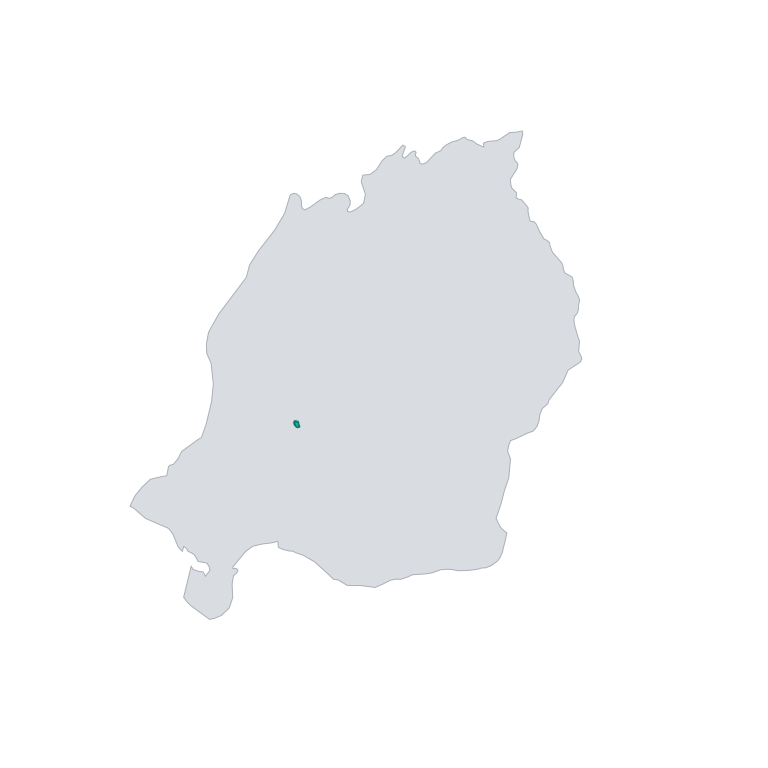 Soimari, Prahova, Romania (highlighted), rotated 116°
{"feature_id": "2599482B11828536886615", "entity_name": "Soimari", "entity_type": "district", "adm_level": 2, "iso_a3": "ROU", "parent_name": "Romania", "parent_adm1": "Prahova", "projection": "equal_earth", "projection_center": [26.208, 45.169], "detail": "fine", "context": "in_parent", "style": "filled", "palette": "teal", "viewbox_px": 768, "rotation_deg": 116, "n_neighbors": 0, "source": "geoboundaries", "source_scale": "gbopen_adm2", "svg_char_len": 4922}
<svg xmlns="http://www.w3.org/2000/svg" viewBox="0 0 768 768"><g transform="rotate(116 384 384)"><path d="M580.6,422.5L587.1,430.7L595.3,435.0L614.3,439.6L615.9,439.1L616.1,438.2L614.8,437.0L614.6,435.5L615.5,433.6L618.1,433.5L622.4,435.2L630.5,432.8L642.3,426.3L653.3,424.9L663.4,428.8L668.6,433.3L672.0,437.6L671.1,442.9L670.5,446.1L668.1,459.8L666.4,464.9L663.5,470.6L632.4,477.4L634.4,474.2L633.6,468.4L632.2,464.1L635.0,460.2L628.0,458.7L625.0,460.9L622.6,464.6L624.9,473.3L621.5,478.1L620.3,480.7L620.2,487.1L618.2,489.8L617.9,492.8L622.8,492.0L620.7,497.5L611.4,508.0L608.2,514.3L609.4,539.3L605.4,554.2L605.1,558.7L595.1,558.8L592.1,558.5L582.6,556.2L572.0,552.2L565.7,544.5L561.6,539.0L552.7,541.5L550.9,540.8L548.5,538.1L541.7,536.4L533.3,536.3L514.5,526.3L512.4,524.6L497.7,526.3L475.6,531.2L458.8,537.4L441.3,548.4L434.2,556.7L426.0,561.1L414.4,564.4L393.5,563.2L371.8,559.0L348.5,554.5L335.9,557.0L318.9,555.1L293.3,549.7L274.2,548.1L255.3,551.2L252.2,548.8L251.5,546.1L252.3,542.1L255.0,539.0L259.6,536.6L262.1,534.2L262.4,531.7L257.3,527.8L246.9,522.3L242.7,518.9L241.7,518.1L241.4,515.0L239.3,512.6L235.3,510.9L232.2,507.7L230.1,503.1L230.6,498.8L233.9,494.8L238.0,493.0L242.9,493.5L245.0,492.4L244.2,489.6L239.5,485.9L230.7,481.5L221.6,483.9L212.2,493.1L205.6,494.6L201.7,488.4L194.5,484.7L184.2,483.6L177.9,481.2L175.5,477.6L171.1,474.9L161.2,471.9L161.1,469.2L162.7,468.5L166.3,468.2L171.1,467.6L171.9,466.1L172.0,464.6L168.3,462.8L164.5,461.5L162.6,460.3L161.3,458.9L161.1,457.5L162.3,456.5L163.8,456.4L165.3,455.6L166.2,452.2L168.4,449.5L169.8,448.5L169.8,446.4L168.3,444.5L166.3,442.9L163.3,441.9L153.9,439.0L149.2,435.0L146.3,434.9L141.7,432.7L136.8,429.2L132.6,424.3L128.0,421.1L126.8,419.8L126.8,418.6L127.7,417.2L127.7,415.7L126.6,410.9L127.6,405.8L127.5,401.0L127.5,398.9L126.6,398.2L125.8,398.9L124.6,399.9L123.5,400.0L120.2,396.6L116.0,389.5L113.1,387.1L107.5,383.9L102.8,381.1L99.5,375.2L96.0,370.7L98.5,368.8L112.3,366.1L118.7,368.7L121.6,367.8L124.4,365.6L126.0,363.9L126.4,362.1L127.8,359.9L132.5,358.8L144.8,360.2L149.8,357.0L151.7,355.3L153.0,351.5L154.3,348.5L158.8,346.9L158.8,344.1L158.2,341.1L161.0,334.4L162.6,331.6L165.1,330.6L168.2,328.5L173.5,324.1L172.4,320.3L173.5,317.4L179.1,310.5L183.4,303.9L183.5,300.6L184.1,297.7L187.9,294.5L191.8,290.3L197.2,277.4L199.0,275.3L202.4,272.8L204.9,270.4L205.4,261.9L207.8,259.5L212.3,256.8L216.8,252.4L220.5,247.2L223.3,244.7L227.0,244.1L231.0,242.1L235.4,241.3L239.7,242.3L242.4,241.8L246.6,239.3L257.3,229.8L258.8,227.9L261.0,226.6L269.5,223.3L271.8,220.0L274.7,217.1L278.5,217.3L290.7,224.6L303.9,224.1L306.3,224.4L307.1,224.5L308.7,225.1L326.2,228.7L328.9,228.3L329.6,228.0L336.7,231.0L342.9,230.6L348.9,228.6L355.0,227.9L360.7,229.1L365.0,233.3L376.1,242.2L379.4,245.5L384.6,245.0L390.3,243.4L396.0,237.4L413.7,230.7L427.2,229.0L440.4,226.3L455.6,224.4L460.0,218.9L462.4,215.1L464.1,208.2L472.3,206.2L480.0,204.7L482.8,203.9L488.5,203.6L492.9,204.2L499.7,207.6L504.5,211.9L506.4,215.3L510.5,220.1L514.8,226.9L519.6,236.0L520.6,240.6L522.5,245.5L526.0,251.5L532.8,258.2L533.8,259.5L536.9,264.2L542.9,274.7L547.8,278.8L552.2,283.4L554.3,288.0L557.5,292.2L564.8,297.7L570.7,302.7L575.6,317.2L579.0,323.9L581.1,329.0L580.2,339.4L581.6,343.8L579.0,351.9L574.3,368.3L573.3,381.4L574.2,388.4L574.3,392.9L575.6,395.8L576.9,401.8L577.2,407.0L575.4,408.5L573.0,409.7L572.0,410.8L574.3,413.1L577.5,417.5L580.6,422.5Z" fill="#d9dde1" stroke="#a8b0b8" stroke-width="1"/><path d="M459.7,446.2L459.7,445.9L459.8,445.9L459.7,445.8L459.7,445.7L459.8,445.6L459.9,445.4L460.0,445.4L460.3,445.4L460.4,445.2L460.5,445.1L460.6,444.9L460.6,444.7L460.8,444.5L460.8,444.4L461.0,444.2L461.1,443.9L461.0,443.7L461.0,443.4L461.0,443.2L461.0,442.9L460.9,442.9L460.8,442.7L460.8,442.4L460.7,442.3L460.6,442.2L460.4,442.1L460.4,441.9L460.3,441.7L460.2,441.6L460.0,441.4L459.9,441.4L459.7,441.3L459.7,441.5L459.5,441.4L459.4,441.4L459.3,441.5L459.2,441.5L458.9,441.6L458.7,441.7L458.7,441.8L458.4,441.9L458.3,442.0L458.4,442.3L458.4,442.5L458.2,442.8L457.9,442.9L457.9,443.0L457.7,443.2L457.4,443.3L457.2,443.4L456.9,443.5L456.7,443.6L456.4,443.8L456.2,443.9L456.2,444.0L455.9,444.2L455.8,444.3L455.7,444.4L455.7,444.5L455.5,444.8L455.4,444.9L455.5,445.0L455.8,445.2L455.8,445.3L456.0,445.3L456.1,445.5L456.3,445.7L456.3,445.9L456.3,446.0L456.3,446.3L456.3,446.5L456.2,446.6L456.3,446.6L456.2,446.7L456.3,446.7L456.2,446.8L456.3,446.7L456.3,446.8L456.2,446.8L456.3,446.8L456.5,446.9L456.5,447.0L456.4,447.0L456.4,447.3L456.2,447.4L456.3,447.4L456.5,447.4L456.5,447.5L456.4,447.5L456.3,447.8L456.4,448.0L456.5,448.2L456.9,448.1L457.1,448.2L457.3,448.1L457.5,448.1L457.8,448.2L458.0,448.0L457.9,447.9L458.0,447.9L457.9,447.8L457.9,447.7L457.9,447.8L457.9,447.7L458.0,447.6L458.1,447.4L458.4,447.1L458.5,447.0L458.5,446.9L458.8,446.7L459.0,446.7L459.2,446.4L459.3,446.5L459.3,446.4L459.5,446.2L459.7,446.2Z" fill="#14b8a6" stroke="#0f766e" stroke-width="1.5"/></g></svg>